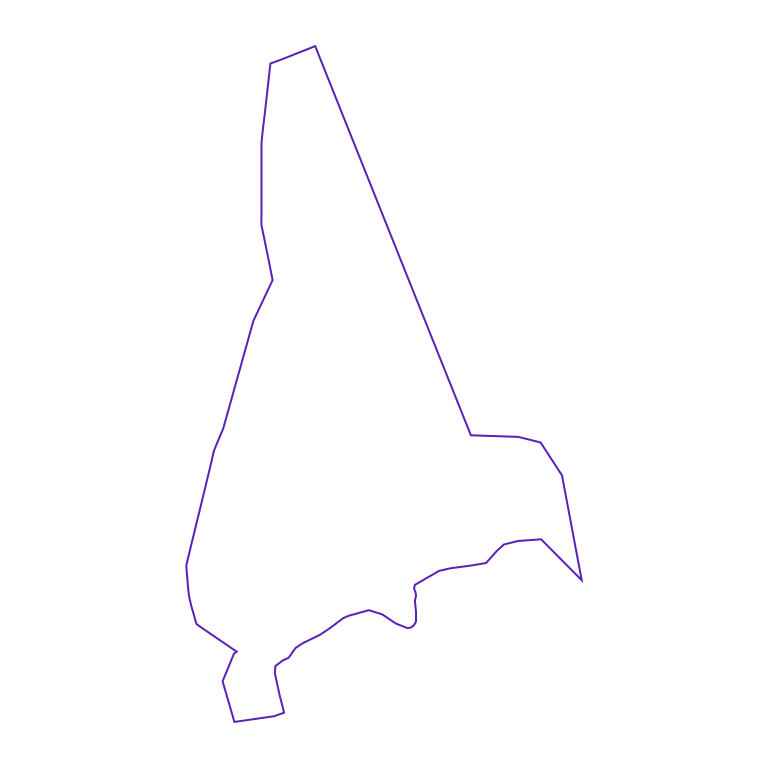 outline of Shattaya, Central Darfur, Sudan
{"feature_id": "16777658B37888835972570", "entity_name": "Shattaya", "entity_type": "district", "adm_level": 2, "iso_a3": "SDN", "parent_name": "Sudan", "parent_adm1": "Central Darfur", "projection": "orthographic", "projection_center": [23.815, 12.332], "detail": "fine", "context": "isolated", "style": "outline", "palette": "violet", "viewbox_px": 768, "rotation_deg": 0, "n_neighbors": 0, "source": "geoboundaries", "source_scale": "gbopen_adm2", "svg_char_len": 1455}
<svg xmlns="http://www.w3.org/2000/svg" viewBox="0 0 768 768"><path d="M315.2,46.1L280.4,59.9L274.0,62.2L271.3,63.2L270.7,63.4L270.5,63.5L270.3,64.4L270.3,65.0L270.2,65.8L269.9,67.6L269.7,69.8L269.0,76.2L266.9,94.8L264.6,115.4L263.0,128.2L261.9,138.4L261.8,140.0L261.5,142.8L261.5,146.2L261.5,180.5L261.5,210.5L261.5,214.8L261.5,215.3L261.4,219.3L261.4,224.7L267.7,255.4L272.6,280.1L253.4,320.8L225.9,419.0L223.2,428.6L222.9,429.2L213.9,450.8L213.7,451.8L211.2,462.8L200.9,505.3L191.1,545.4L187.8,559.2L186.3,565.6L188.0,587.4L189.0,595.3L189.2,597.0L189.4,597.7L191.1,605.2L193.0,611.8L195.2,619.6L195.7,621.3L195.8,621.5L196.1,622.9L196.5,624.0L200.2,626.7L202.0,628.0L215.5,637.2L221.6,641.4L224.2,643.1L224.7,643.5L226.1,644.4L228.3,645.9L229.9,647.0L230.4,647.4L231.4,648.0L232.5,648.8L236.7,651.7L233.9,653.8L227.9,668.5L222.6,681.3L234.4,721.9L234.5,721.9L237.4,721.5L274.2,716.2L284.0,712.7L283.2,709.1L279.7,695.4L279.0,692.4L274.9,673.4L275.3,666.1L282.9,660.4L288.7,657.7L295.6,647.9L303.1,643.0L319.8,634.9L329.6,628.4L343.3,618.1L348.9,615.7L368.8,610.2L382.1,614.3L395.8,623.5L407.3,628.1L410.9,627.6L414.1,625.1L416.0,621.4L416.0,611.8L414.9,601.0L416.0,595.6L415.6,592.6L414.0,588.5L415.0,584.8L439.0,570.9L450.9,568.2L470.0,565.7L486.1,563.0L496.5,551.3L503.9,544.5L517.9,541.0L541.1,539.3L581.7,580.2L562.0,475.4L540.6,442.5L518.3,436.9L470.9,435.3L334.7,95.0L331.3,86.5L315.2,46.1Z" fill="none" stroke="#5b21b6" stroke-width="2"/></svg>